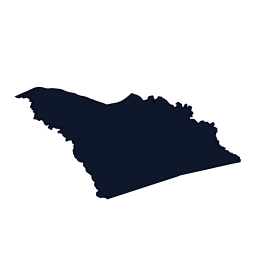 Floresta do Araguaia, Pará, Brazil (Natural Earth projection), rotated 252°
{"feature_id": "56859067B99934361851044", "entity_name": "Floresta do Araguaia", "entity_type": "district", "adm_level": 2, "iso_a3": "BRA", "parent_name": "Brazil", "parent_adm1": "Pará", "projection": "natural_earth1", "projection_center": [-49.514, -7.553], "detail": "fine", "context": "isolated", "style": "filled", "palette": "ink", "viewbox_px": 256, "rotation_deg": 252, "n_neighbors": 0, "source": "geoboundaries", "source_scale": "gbopen_adm2", "svg_char_len": 5785}
<svg xmlns="http://www.w3.org/2000/svg" viewBox="0 0 256 256"><g transform="rotate(252 128 128)"><path d="M159.3,142.3L158.9,141.3L156.8,136.2L155.4,131.7L155.3,131.0L155.0,128.9L154.9,126.7L154.9,125.9L155.1,123.8L155.3,121.9L155.6,120.5L156.1,115.9L156.1,115.1L157.0,113.8L157.7,113.1L159.0,111.5L161.2,108.4L162.1,107.1L164.3,104.3L165.7,102.7L166.9,100.8L167.6,100.2L168.6,99.1L169.8,97.7L171.3,95.5L172.2,93.6L172.7,92.7L174.0,90.9L174.5,90.3L176.6,88.1L177.5,86.9L178.0,85.8L178.6,84.8L179.0,84.0L180.5,81.4L182.9,78.5L183.3,78.0L184.5,76.7L185.0,76.0L186.1,73.9L187.0,71.7L188.0,69.6L188.6,68.0L189.8,63.4L191.0,61.0L192.2,59.4L193.1,57.7L194.1,55.3L194.4,53.3L194.5,50.6L194.0,47.6L194.1,46.4L193.7,45.5L193.6,44.3L193.3,39.9L192.9,35.7L192.6,33.2L192.4,31.2L191.7,31.8L191.3,32.5L191.0,33.3L190.5,33.9L190.6,35.0L190.9,35.6L190.6,36.2L190.8,37.1L190.5,37.8L189.9,37.5L189.4,37.6L188.9,38.1L189.0,39.9L188.9,40.6L188.7,41.5L188.3,42.0L187.8,42.4L187.1,42.7L186.8,43.4L185.6,44.0L185.0,43.8L184.0,43.1L183.6,43.7L183.3,44.5L181.3,45.3L180.9,44.7L180.8,44.0L179.6,43.5L179.1,43.0L178.7,42.3L178.1,42.0L177.5,42.2L176.8,42.8L176.4,43.4L175.8,43.1L175.2,43.0L174.9,43.8L174.3,44.1L174.1,44.8L173.6,44.5L172.8,43.3L172.3,43.5L171.8,44.0L171.9,44.8L171.2,44.9L170.4,45.0L170.2,44.3L169.7,43.7L169.2,43.8L167.8,43.0L167.2,42.9L166.9,42.3L166.5,41.7L165.9,41.8L165.3,43.2L164.6,44.4L163.8,45.5L163.1,45.5L162.8,46.1L163.1,46.7L163.1,47.6L163.2,48.4L162.8,49.0L161.3,49.5L160.7,50.0L160.1,50.2L158.5,50.1L157.9,50.2L157.2,50.6L156.6,50.8L156.2,51.3L156.1,52.0L156.3,52.8L156.5,53.4L156.2,54.3L154.9,54.3L154.3,54.0L153.4,52.8L152.8,52.6L152.4,53.3L150.5,54.7L151.0,55.3L151.6,55.5L152.0,56.1L152.1,56.8L152.5,57.4L151.5,58.4L150.9,59.1L150.3,59.6L149.9,60.1L150.0,60.9L149.8,61.5L149.2,61.9L148.8,62.4L148.8,63.4L148.0,64.4L147.3,64.4L146.7,63.1L146.2,62.6L146.0,61.9L146.0,61.2L145.8,60.4L145.2,60.5L144.7,61.9L143.5,63.7L142.8,64.0L142.3,64.7L141.5,64.7L141.1,64.1L140.5,64.4L140.0,64.8L139.4,65.1L138.4,66.2L137.8,66.4L137.0,66.5L136.5,66.3L136.0,65.8L135.7,65.3L135.0,65.3L134.8,66.2L135.1,67.0L135.0,67.7L134.7,69.4L134.8,70.2L134.3,71.1L133.6,71.5L132.8,71.8L132.7,71.1L131.9,71.0L130.7,71.1L130.1,72.0L129.4,72.0L128.5,72.4L127.7,71.8L127.6,71.1L126.8,70.9L126.3,71.1L125.6,71.1L125.1,70.7L124.7,70.0L124.1,69.8L123.5,69.5L123.3,68.9L122.7,69.0L121.8,69.6L121.2,69.4L121.1,68.7L120.3,68.5L118.9,69.0L118.2,69.0L117.5,68.8L116.5,69.0L115.5,69.6L114.3,70.4L113.6,70.4L112.9,70.6L112.0,71.0L111.2,71.9L110.3,73.4L110.0,74.1L109.3,75.0L108.3,75.2L107.0,75.2L106.5,74.4L105.7,74.4L105.0,75.1L104.2,75.3L103.6,75.3L103.0,75.8L101.4,75.6L100.9,75.3L100.3,75.4L99.5,75.5L99.0,75.7L98.0,76.6L97.4,76.8L96.9,77.3L96.5,78.0L95.8,78.5L95.2,78.2L94.8,79.1L94.1,79.2L93.4,79.1L92.7,78.9L92.0,78.6L91.3,78.8L90.7,78.5L89.7,78.7L88.5,79.3L88.0,79.7L87.5,80.0L86.9,80.3L85.4,79.7L85.0,79.2L84.3,78.9L83.5,79.1L82.8,78.9L82.2,79.2L81.6,79.7L80.2,79.7L79.7,80.2L79.1,80.5L78.5,81.1L77.9,81.3L77.3,81.0L76.7,80.5L76.2,78.9L75.8,78.2L74.9,78.0L74.3,77.7L73.5,77.7L72.7,78.2L70.9,80.1L70.5,80.7L70.6,81.9L70.2,82.4L70.0,83.3L69.2,85.0L68.8,85.7L68.1,86.3L67.3,86.5L67.3,108.8L67.3,116.2L67.3,132.1L67.3,161.7L67.6,162.2L67.5,163.0L67.7,163.7L67.3,164.5L67.3,165.5L65.1,188.0L64.8,190.6L64.9,191.3L64.8,192.0L64.5,192.7L64.6,193.5L64.4,195.7L63.0,210.5L62.7,214.2L62.6,215.2L61.5,224.0L62.4,224.5L63.1,224.8L63.6,224.2L64.2,223.9L64.8,224.4L65.5,224.6L66.8,223.4L67.6,223.0L68.1,222.4L68.7,222.1L69.5,221.5L69.7,220.6L70.1,219.1L70.6,218.4L71.0,219.0L71.7,219.0L71.9,218.3L72.3,217.3L72.9,216.9L73.8,216.2L74.3,216.2L75.6,215.4L76.0,214.0L76.7,213.4L77.4,213.0L78.1,212.7L78.7,212.7L78.9,213.7L80.0,212.5L80.5,211.9L80.8,211.1L81.4,210.7L81.9,209.9L82.8,210.0L83.4,209.6L84.0,208.8L84.9,209.1L85.7,209.1L86.3,209.6L87.3,209.9L88.0,209.1L88.7,208.8L89.2,208.4L89.9,208.6L90.7,208.6L91.4,208.7L91.9,208.1L92.5,208.4L92.9,207.9L93.5,207.9L94.1,208.4L94.7,209.1L95.4,209.3L96.6,209.4L96.9,210.2L96.8,210.9L97.4,211.3L98.0,211.3L98.7,211.7L99.8,212.0L100.3,211.7L101.0,211.2L101.6,210.5L102.1,209.5L103.3,208.9L103.9,209.6L104.7,210.7L105.4,210.9L106.5,210.7L106.5,209.7L106.0,208.2L106.3,207.0L106.3,206.3L106.9,205.8L107.9,205.6L108.7,205.2L109.2,202.9L109.8,202.2L110.4,202.0L111.2,201.6L111.6,200.1L111.4,199.0L111.0,198.0L110.4,197.1L110.2,195.8L111.6,195.4L112.8,194.8L113.1,194.2L113.8,193.8L114.3,194.1L115.1,193.7L115.6,193.0L115.6,192.3L116.3,191.6L116.5,190.5L117.0,189.5L118.0,188.7L119.3,189.7L119.9,190.2L120.5,191.3L119.9,191.3L119.3,192.2L120.1,192.6L121.4,192.2L121.9,191.7L122.0,193.2L121.8,194.0L122.7,194.0L123.7,193.6L124.2,192.9L124.9,192.7L125.8,193.2L126.5,193.3L127.1,194.0L127.6,194.2L128.2,194.6L128.6,194.1L129.4,193.5L129.8,192.9L129.4,192.4L128.8,192.7L128.1,191.0L128.7,190.3L130.1,190.4L131.3,190.2L131.9,190.9L132.5,190.6L132.3,189.6L131.3,188.8L130.9,188.2L129.9,188.2L129.9,187.3L130.1,186.6L130.2,185.6L131.7,185.6L133.9,185.9L134.7,185.1L136.0,184.2L136.7,183.1L136.1,181.7L135.6,182.2L134.8,182.1L134.0,181.7L133.2,181.0L132.9,179.5L132.5,178.6L133.4,177.8L135.0,177.7L135.6,177.2L136.3,176.0L136.9,175.3L137.5,174.7L139.0,174.0L140.5,173.3L141.5,173.0L142.4,172.6L143.2,171.6L143.8,171.4L144.6,170.9L144.9,169.7L145.4,169.4L146.6,169.4L147.0,168.6L147.4,167.8L148.1,166.6L147.5,166.1L146.9,165.4L146.5,164.8L146.2,164.1L146.2,162.9L145.4,162.3L144.0,161.2L144.4,160.2L145.9,160.9L147.3,161.6L148.1,161.0L150.3,161.4L150.8,160.9L150.8,159.9L151.0,158.9L151.0,157.6L150.6,156.8L149.6,156.5L148.9,156.4L148.3,156.1L148.7,155.1L148.7,154.1L148.5,152.9L148.8,151.9L149.0,150.9L149.6,150.1L151.0,149.9L153.5,148.8L154.5,148.1L155.4,147.2L155.8,146.6L156.5,145.9L157.2,144.9L157.5,144.1L158.4,143.4L159.3,142.3Z" fill="#0f172a" stroke="#020617" stroke-width="1.5"/></g></svg>